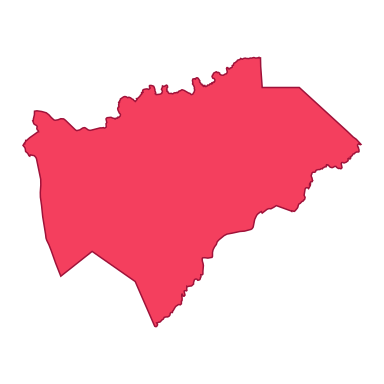 the district of Komonjdjari, Komondjari, Burkina Faso
{"feature_id": "67063806B37049013397139", "entity_name": "Komonjdjari", "entity_type": "district", "adm_level": 2, "iso_a3": "BFA", "parent_name": "Burkina Faso", "parent_adm1": "Komondjari", "projection": "robinson", "projection_center": [0.756, 12.703], "detail": "fine", "context": "isolated", "style": "filled", "palette": "rose", "viewbox_px": 384, "rotation_deg": 0, "n_neighbors": 0, "source": "geoboundaries", "source_scale": "gbopen_adm2", "svg_char_len": 5874}
<svg xmlns="http://www.w3.org/2000/svg" viewBox="0 0 384 384"><path d="M60.8,276.2L92.1,251.4L135.2,281.5L154.7,326.2L155.4,326.6L156.6,326.5L157.6,324.8L156.7,322.9L157.6,322.9L158.6,322.2L159.8,322.1L160.5,321.6L161.9,320.0L163.3,319.1L164.2,317.4L166.0,316.9L167.8,316.9L169.2,316.1L170.0,314.9L170.1,313.7L170.4,313.1L171.2,312.4L172.4,312.5L172.7,311.0L173.2,310.6L175.1,307.3L175.9,306.3L178.3,304.7L178.8,304.5L180.3,304.8L181.4,303.8L181.4,301.1L182.0,300.7L182.1,299.5L182.1,297.8L181.7,296.0L181.8,294.3L182.0,294.1L183.3,296.1L184.1,296.2L185.0,295.1L184.2,291.6L184.3,290.9L185.1,290.6L186.4,290.9L186.9,290.5L186.7,289.0L186.8,286.3L187.7,286.7L188.5,286.3L191.6,285.9L193.6,284.0L193.5,282.9L194.3,280.0L195.0,279.3L195.9,279.0L196.8,279.2L197.2,279.4L197.5,280.1L197.9,280.3L199.6,279.8L200.3,278.8L200.4,277.6L201.0,276.9L200.8,274.7L202.2,274.8L202.9,274.1L202.9,271.4L203.4,265.6L203.0,263.2L202.5,261.7L202.2,259.7L202.3,258.2L202.8,257.8L204.9,257.7L207.9,258.1L212.0,257.4L212.5,256.4L212.5,252.5L213.0,250.1L213.5,248.9L214.5,246.9L216.3,244.5L217.2,241.8L219.0,239.8L224.1,235.6L227.0,234.1L232.4,233.1L239.8,231.5L244.6,231.1L251.0,229.4L252.2,228.6L253.2,227.0L254.7,219.4L256.5,215.6L257.4,214.3L259.9,212.3L261.3,211.6L262.2,213.1L267.1,209.3L268.9,208.6L270.9,208.8L273.9,207.2L276.3,205.6L290.9,210.9L291.7,211.4L291.8,210.8L294.2,211.4L295.1,210.8L297.3,208.2L297.8,207.3L298.4,205.0L299.0,203.9L300.1,203.4L302.0,201.5L303.2,201.0L303.6,200.0L304.3,199.8L304.7,199.2L305.1,197.3L304.1,195.3L305.1,189.1L305.5,188.3L306.4,187.7L307.8,187.8L308.6,188.6L310.3,185.5L310.4,184.8L310.0,185.1L309.5,185.0L309.7,183.4L310.3,183.1L310.7,181.9L312.2,181.6L312.3,180.9L312.7,180.6L312.4,180.0L312.0,177.9L311.4,176.7L311.2,175.3L311.7,174.4L311.9,173.2L312.8,172.3L314.9,172.2L315.6,171.6L315.8,170.6L316.4,170.1L318.2,169.6L319.8,169.6L321.1,168.7L322.3,168.9L322.7,168.1L323.7,167.7L324.4,167.0L326.2,166.7L326.3,165.2L326.6,164.7L327.7,164.8L327.9,165.4L328.4,165.3L330.1,167.1L331.6,167.6L332.5,167.6L334.8,166.4L335.9,166.4L336.7,167.4L338.4,168.5L339.9,168.4L340.9,168.8L341.6,168.3L342.0,167.5L341.2,163.7L341.7,162.6L343.0,162.5L344.0,163.0L346.2,162.2L348.1,160.7L348.0,158.7L348.4,158.5L349.5,158.9L349.3,158.3L350.2,158.4L350.8,157.9L350.4,156.8L352.0,155.8L353.3,153.8L354.3,153.8L355.0,152.9L356.5,152.0L358.6,152.0L359.0,151.6L359.0,149.6L358.5,148.4L358.4,147.2L357.7,146.8L357.5,145.0L358.5,143.9L359.1,143.9L359.7,144.5L360.5,144.7L361.0,144.4L356.3,139.3L353.1,137.0L347.4,131.5L299.3,87.5L262.2,87.5L260.7,66.6L260.5,57.9L259.3,57.9L259.0,57.9L258.9,57.4L257.6,57.9L255.7,58.1L253.9,57.5L251.2,58.2L250.2,58.0L248.9,58.6L246.0,58.4L245.2,58.1L243.5,58.5L242.2,59.2L240.7,58.4L239.9,59.5L237.5,60.2L236.7,61.5L236.3,61.6L235.3,62.6L234.1,63.0L233.4,64.5L233.4,65.2L232.2,65.6L232.2,67.0L231.9,67.5L230.0,68.1L229.6,68.9L228.5,68.8L227.8,67.6L226.9,67.6L226.5,68.5L227.3,72.0L226.8,73.1L226.5,73.7L225.1,74.1L223.2,75.3L221.3,75.1L219.8,74.2L219.6,73.1L218.4,72.4L217.2,72.6L216.7,71.9L216.2,71.8L213.7,73.1L213.2,74.0L213.2,74.7L212.5,75.1L212.0,76.6L212.9,78.3L214.1,78.5L214.9,79.8L214.8,81.1L214.3,82.1L213.6,82.0L213.2,82.4L211.9,82.7L211.7,83.0L212.3,83.4L211.8,83.9L210.1,83.8L209.2,85.0L207.6,85.1L207.5,85.7L207.1,86.0L206.5,86.1L206.1,86.5L205.5,86.5L204.9,85.6L204.2,86.3L203.8,86.4L203.6,85.5L202.9,85.8L202.4,85.2L202.1,84.6L201.9,84.8L201.1,84.1L200.9,83.4L199.8,82.3L199.6,81.5L199.9,81.0L198.2,78.3L197.3,77.8L196.6,77.8L196.0,78.1L195.4,79.1L194.8,78.7L192.9,79.0L192.4,80.3L192.9,83.3L192.5,83.9L193.5,85.3L194.4,87.3L194.3,88.7L194.7,90.0L194.0,92.3L193.3,93.2L193.1,93.8L192.5,94.3L191.2,94.6L189.7,93.2L188.9,93.2L184.3,90.5L182.3,89.8L181.5,89.9L180.7,90.6L179.0,91.1L177.9,92.5L177.4,92.7L177.0,92.3L175.7,92.9L174.9,92.7L173.5,93.2L173.2,93.6L172.2,93.8L171.1,93.3L170.6,93.5L168.9,93.4L168.0,92.3L167.8,91.5L166.9,91.2L167.0,90.0L166.7,89.8L167.1,87.6L167.6,87.3L167.5,86.0L166.9,85.3L166.3,85.1L164.6,86.3L164.1,86.1L163.4,86.5L162.5,86.0L162.3,87.3L161.4,89.3L162.3,90.7L162.4,91.2L162.2,92.2L161.7,92.9L161.7,93.4L160.1,94.2L156.5,94.6L156.0,94.5L155.8,93.7L155.3,93.6L155.7,92.8L155.4,91.8L154.9,90.8L154.9,89.5L154.2,87.3L153.6,86.2L151.6,85.5L149.9,85.4L149.4,85.8L149.5,87.2L150.0,87.6L150.0,88.3L149.2,89.0L148.4,89.4L147.7,89.0L146.3,88.9L143.9,89.4L143.0,89.9L142.7,90.6L143.0,92.4L142.4,92.7L142.0,92.4L141.6,92.5L141.5,93.2L141.8,93.5L141.5,94.4L140.4,95.2L140.1,96.0L138.6,97.5L137.5,98.5L136.6,98.6L137.1,99.5L135.8,100.8L135.5,101.5L135.2,101.5L135.0,101.1L133.9,100.5L133.1,99.4L132.5,99.3L130.5,97.8L128.9,97.2L127.8,97.7L126.2,96.8L124.9,96.5L123.5,96.9L120.4,99.0L120.4,99.7L119.7,100.7L119.5,102.1L118.8,102.1L118.6,102.4L119.0,103.2L118.6,104.7L118.9,106.9L118.2,107.2L117.7,108.4L117.9,109.9L119.3,113.0L120.3,114.1L120.5,114.7L120.2,116.0L118.8,117.4L118.0,117.1L117.7,117.9L117.2,118.3L116.2,118.0L115.7,118.7L115.1,119.0L114.1,118.3L112.9,118.2L111.0,117.3L107.1,117.7L106.2,118.5L106.0,119.0L106.8,122.5L106.0,123.8L106.3,126.9L104.8,128.1L104.0,128.0L103.6,127.6L101.9,127.9L100.1,127.9L90.7,130.3L89.5,130.3L88.2,129.9L85.4,127.9L84.3,127.6L82.7,128.0L79.8,129.9L76.8,130.6L75.7,130.1L74.9,129.4L65.4,120.2L63.7,118.9L60.8,118.7L58.0,119.8L55.0,120.3L53.8,119.8L51.2,117.4L48.9,114.8L46.3,112.8L41.8,111.5L36.9,110.8L34.5,111.2L34.4,114.8L33.4,118.9L33.2,120.9L32.8,120.9L33.8,123.7L34.5,124.4L36.0,125.2L37.0,126.1L37.2,126.5L36.8,128.4L37.2,129.7L38.2,130.5L38.5,131.7L38.1,131.7L29.7,137.7L26.3,140.7L25.7,140.5L25.7,141.2L24.8,142.8L24.7,143.6L24.3,143.3L23.0,145.4L24.5,147.2L25.2,148.5L25.6,151.5L27.7,153.3L29.0,155.7L29.8,156.2L30.4,154.9L34.3,155.7L35.9,157.5L36.5,158.9L40.7,179.2L40.8,185.0L40.3,192.5L40.4,197.2L41.6,205.8L42.7,216.6L45.6,234.5L46.0,238.0L46.7,240.2L48.9,244.7L51.1,250.3L55.7,263.3L60.8,276.2Z" fill="#f43f5e" stroke="#9f1239" stroke-width="1.5"/></svg>